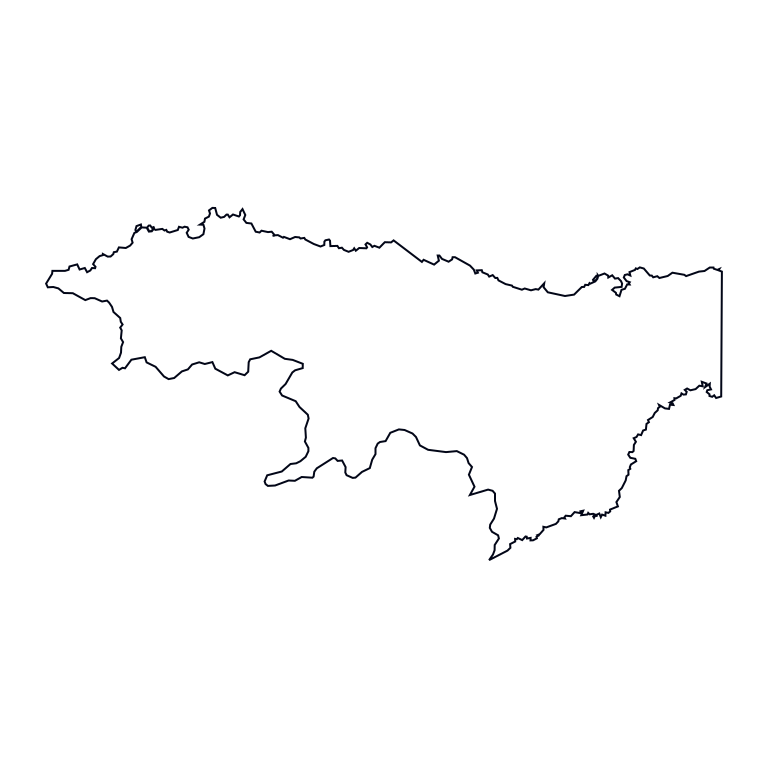 Santa Isabel, Colón, Panama (Albers equal-area conic projection)
{"feature_id": "35544464B42608984184173", "entity_name": "Santa Isabel", "entity_type": "district", "adm_level": 2, "iso_a3": "PAN", "parent_name": "Panama", "parent_adm1": "Colón", "projection": "albers", "projection_center": [-79.323, 9.476], "detail": "fine", "context": "isolated", "style": "outline", "palette": "ink", "viewbox_px": 768, "rotation_deg": 0, "n_neighbors": 0, "source": "geoboundaries", "source_scale": "gbopen_adm2", "svg_char_len": 6093}
<svg xmlns="http://www.w3.org/2000/svg" viewBox="0 0 768 768"><path d="M721.2,396.5L721.9,271.6L718.5,270.3L719.3,269.0L717.3,269.9L713.8,268.7L713.5,267.5L709.8,267.5L704.5,271.0L699.0,271.6L686.1,276.1L684.3,274.8L672.4,272.7L667.7,276.0L659.4,278.0L657.3,276.2L653.2,277.3L651.8,275.6L649.8,275.5L643.8,268.5L639.8,267.4L637.4,269.0L635.8,268.4L635.0,269.9L629.5,272.1L630.3,275.5L627.5,274.3L624.8,275.0L623.8,277.5L626.6,281.1L629.7,282.2L628.9,283.2L629.6,284.5L627.2,284.4L624.9,288.8L621.5,289.8L619.5,296.2L616.2,294.5L615.9,292.8L612.1,289.9L614.7,287.6L621.6,286.9L622.1,283.6L621.0,281.1L618.1,278.1L615.0,278.6L612.2,275.3L608.3,277.5L608.1,275.6L604.5,273.5L598.3,275.9L597.8,275.2L597.9,277.0L597.4,278.8L595.3,281.4L590.2,283.7L589.5,283.1L588.4,285.1L585.2,284.8L584.2,286.9L581.8,287.0L574.1,294.6L565.0,296.0L547.8,292.3L543.6,287.2L544.2,283.3L538.4,289.6L535.7,289.1L531.0,290.3L524.7,288.5L521.9,289.7L512.8,286.8L512.0,285.6L505.6,284.1L498.5,280.4L497.3,277.9L495.3,278.0L492.7,275.1L489.2,276.6L487.8,274.5L482.4,272.3L481.8,270.2L476.8,270.4L477.9,272.7L475.3,273.5L473.8,269.6L470.0,265.6L455.0,257.2L452.6,257.2L452.1,259.4L448.6,261.7L442.0,258.9L439.4,255.5L437.7,255.5L438.9,260.7L434.1,264.6L423.6,259.8L421.9,261.9L393.6,240.4L391.1,242.4L384.8,242.2L379.4,247.7L374.4,245.8L372.3,247.0L370.4,244.5L367.2,242.8L365.5,244.4L367.1,247.3L366.4,248.3L359.2,248.0L355.8,250.7L354.2,248.3L353.1,250.0L348.6,251.8L343.9,249.9L341.9,247.7L338.9,248.2L337.4,245.9L330.4,246.1L330.0,240.7L329.0,239.5L325.4,240.3L324.4,241.6L324.3,245.0L320.5,246.5L313.8,244.0L305.3,239.5L304.3,237.9L300.5,238.5L299.3,237.4L295.1,237.0L290.0,239.2L283.9,236.9L283.0,237.7L277.9,235.1L273.9,235.4L273.6,236.5L273.4,235.5L274.2,234.6L271.7,231.7L268.0,232.1L261.5,230.7L259.6,232.5L255.7,231.7L251.4,223.5L246.4,222.9L243.6,219.4L245.3,215.0L242.5,209.1L240.2,212.0L240.0,215.2L238.9,216.5L233.0,214.5L229.5,217.3L227.8,214.6L226.5,214.6L224.1,216.9L220.7,217.7L217.0,214.8L215.2,208.0L212.4,207.9L209.0,210.4L210.0,213.5L208.9,216.6L205.0,218.6L204.4,221.8L200.0,224.6L203.4,224.7L204.5,228.5L203.4,234.2L199.2,237.2L192.8,238.5L188.6,236.9L186.7,232.8L188.7,229.7L187.5,227.3L184.6,226.7L182.5,227.7L179.0,226.8L177.8,230.0L169.7,232.5L167.2,231.7L166.3,229.9L164.5,230.5L162.3,228.9L155.5,229.9L153.7,228.9L151.8,231.3L148.9,231.6L146.7,227.7L141.7,227.4L136.8,232.0L134.4,232.9L131.6,239.2L132.6,242.7L130.1,245.6L125.8,248.0L118.9,247.4L116.9,251.6L113.8,252.2L113.3,254.1L110.6,256.5L107.7,256.6L102.9,254.0L102.9,255.1L99.6,256.1L95.9,259.2L93.1,264.1L95.5,266.8L95.1,268.2L92.0,268.0L90.3,270.5L87.1,272.2L84.8,268.0L79.6,269.5L77.2,264.4L69.5,266.5L68.6,269.8L64.9,270.9L52.4,270.9L52.1,273.8L46.1,283.6L47.8,287.3L53.3,287.0L58.4,288.4L63.9,293.0L72.8,293.2L85.3,300.1L90.6,298.1L94.7,298.2L102.1,301.5L107.0,300.6L109.1,302.6L112.0,306.9L113.5,312.0L120.2,318.0L120.8,321.8L122.6,324.5L120.2,327.6L121.7,330.4L120.9,338.4L123.1,342.1L121.3,346.8L121.0,352.7L119.1,358.0L112.1,363.5L119.0,369.9L122.5,367.8L125.0,368.3L131.4,359.7L144.8,357.2L146.6,362.4L155.6,366.8L164.0,376.5L168.6,379.1L174.2,378.0L181.9,371.4L187.9,369.4L192.1,364.5L199.2,362.3L204.8,364.0L212.4,362.1L215.3,368.7L227.8,375.4L234.6,372.2L244.6,375.2L248.2,371.7L248.7,362.2L250.2,359.3L259.4,357.4L271.2,350.8L284.8,358.8L292.7,359.9L302.8,363.8L302.7,368.1L295.1,370.3L292.3,372.5L285.6,384.0L280.9,388.6L279.6,391.6L282.1,395.5L295.7,401.2L299.5,407.0L307.8,414.7L308.6,418.5L305.3,428.3L305.9,437.6L304.9,441.5L308.4,447.9L308.4,451.2L305.7,456.8L300.4,461.2L296.2,463.3L290.5,464.0L281.8,471.5L267.2,475.3L264.6,481.5L265.6,484.1L267.9,485.9L275.1,485.5L288.6,480.5L294.9,480.8L301.7,477.0L312.4,477.7L313.6,476.6L314.3,471.7L316.8,468.3L333.0,458.0L335.3,458.4L337.6,460.9L342.1,460.5L345.6,467.1L345.3,472.5L346.6,475.2L352.7,477.9L355.5,477.6L362.0,471.9L369.8,468.1L372.2,459.7L375.5,454.1L375.5,448.2L377.7,443.6L380.0,442.0L385.6,441.1L390.3,432.8L398.9,429.4L404.6,430.0L412.5,433.5L416.0,437.0L419.9,445.4L428.1,449.8L446.0,452.1L456.8,451.1L464.1,454.7L467.0,458.1L468.6,463.1L472.0,467.0L468.9,474.7L474.5,486.7L469.9,495.0L488.1,489.6L492.6,490.8L495.0,493.6L495.0,501.0L497.0,508.8L494.0,518.6L490.2,524.6L489.8,527.9L492.0,531.8L498.1,535.3L498.9,538.5L494.7,545.0L494.6,550.2L493.0,554.5L489.1,560.1L507.5,550.6L510.4,547.8L510.1,544.1L515.2,541.5L515.1,538.9L516.8,539.2L517.8,538.0L522.2,540.1L525.5,536.5L526.7,536.7L527.0,538.5L530.6,537.9L530.5,540.4L533.1,540.3L536.9,538.3L536.5,536.8L538.3,535.7L537.5,535.1L539.7,534.2L543.5,529.9L543.4,526.8L546.3,527.4L555.9,523.9L558.3,521.4L558.8,519.3L561.8,518.1L565.0,518.5L564.4,517.3L565.7,515.7L570.9,516.2L574.6,512.1L580.9,513.2L580.4,511.3L583.2,510.7L581.3,515.2L587.5,514.5L588.2,512.9L589.6,514.3L593.2,513.8L595.1,514.6L593.2,516.4L594.0,517.8L594.9,516.0L596.7,515.9L596.9,514.6L599.3,513.5L600.8,517.2L602.1,514.6L605.4,515.7L605.6,512.3L608.4,512.9L610.2,511.4L610.0,509.6L617.9,506.4L616.4,502.1L619.8,497.0L619.0,490.8L621.8,488.1L625.7,480.4L626.5,476.2L628.5,474.7L628.3,470.1L630.3,468.8L629.8,467.2L630.9,464.5L636.2,461.2L635.3,458.8L630.3,457.8L628.2,454.6L629.4,452.0L632.4,452.1L633.6,451.0L633.9,444.9L635.9,441.8L633.7,438.2L636.5,437.0L638.1,434.4L641.1,435.1L643.1,430.5L645.9,429.6L646.5,423.9L648.9,422.2L648.0,420.0L652.7,417.0L654.8,412.9L657.7,410.3L658.0,408.2L659.8,406.8L659.0,404.9L665.0,408.4L669.0,408.9L670.0,404.7L673.4,405.0L672.6,403.3L670.0,402.5L674.5,400.0L674.4,398.2L676.2,398.4L680.7,395.8L681.5,393.4L683.4,394.6L685.9,394.4L686.7,391.8L684.8,389.9L687.1,388.5L690.4,390.3L695.6,389.1L699.3,385.7L702.7,386.3L701.8,381.8L706.5,383.5L705.1,387.1L709.8,383.7L709.6,386.5L711.0,389.4L707.3,390.2L706.7,392.0L709.5,394.3L709.5,396.0L712.2,396.8L714.2,395.3L716.1,398.0L721.2,396.5ZM140.9,224.5L136.5,226.1L135.4,230.0L136.4,231.8L141.3,226.9L140.9,224.5ZM150.2,225.5L148.7,225.6L147.1,227.6L149.3,231.4L151.6,230.9L154.0,228.0L153.6,227.1L151.8,227.7L150.2,225.5ZM596.7,279.5L597.8,276.8L596.3,275.9L593.0,279.8L593.8,281.5L596.7,279.5Z" fill="none" stroke="#020617" stroke-width="2"/></svg>